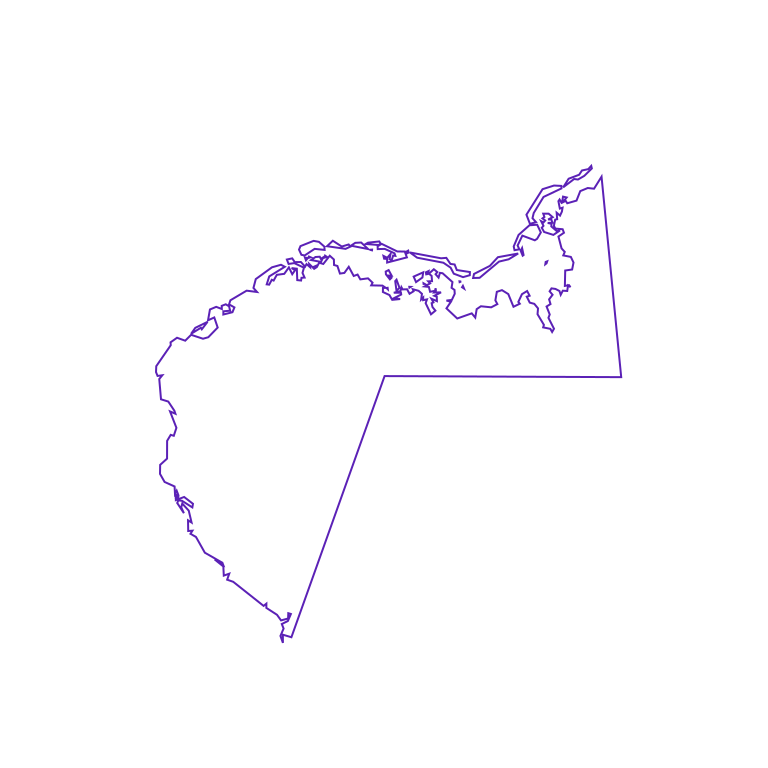 the district of North New Georgia, Western, Solomon Islands, rotated 291°
{"feature_id": "97153195B59663356998763", "entity_name": "North New Georgia", "entity_type": "district", "adm_level": 2, "iso_a3": "SLB", "parent_name": "Solomon Islands", "parent_adm1": "Western", "projection": "orthographic", "projection_center": [157.587, -8.128], "detail": "fine", "context": "isolated", "style": "outline", "palette": "violet", "viewbox_px": 768, "rotation_deg": 291, "n_neighbors": 0, "source": "geoboundaries", "source_scale": "gbopen_adm2", "svg_char_len": 6197}
<svg xmlns="http://www.w3.org/2000/svg" viewBox="0 0 768 768"><g transform="rotate(291 384 384)"><path d="M114.4,388.3L391.6,381.7L475.4,603.0L655.5,512.8L641.6,510.1L640.0,504.0L634.4,498.1L624.2,498.0L618.4,490.3L620.1,488.0L616.7,484.9L619.2,481.8L617.2,481.3L610.8,485.3L612.6,487.5L608.7,488.3L604.3,488.0L605.8,483.8L599.9,486.6L598.8,484.9L592.6,485.9L590.5,488.2L592.5,495.3L589.7,497.8L584.2,494.0L574.2,501.2L572.1,505.4L568.3,505.3L569.6,512.9L565.3,517.4L558.3,518.6L554.9,512.5L540.4,517.7L542.6,521.2L541.3,523.4L542.0,520.5L536.5,521.7L535.2,517.5L530.6,517.0L533.7,514.5L534.2,510.0L533.3,506.1L529.9,505.4L527.7,509.4L522.2,507.8L518.3,510.8L514.6,508.0L508.3,513.8L504.7,513.8L496.5,522.9L492.8,522.3L495.1,519.5L493.9,512.3L496.5,512.1L504.2,502.3L509.8,500.7L512.7,495.6L512.2,490.9L516.7,486.0L518.6,488.3L522.1,484.3L517.3,480.6L508.8,480.0L507.6,482.0L502.5,477.2L512.5,467.8L513.9,460.5L510.5,456.3L502.0,458.0L499.2,461.2L494.0,456.6L491.3,446.6L487.1,443.7L478.7,445.4L481.4,440.6L471.4,428.9L477.0,415.2L484.7,417.0L484.3,412.4L486.8,417.2L493.6,417.7L497.1,416.1L498.0,412.6L503.7,411.4L508.4,399.0L507.8,396.4L502.9,396.8L505.0,392.8L507.6,393.7L509.0,389.4L503.1,386.4L502.0,389.7L497.2,392.0L495.7,388.5L494.5,391.0L489.6,386.9L490.7,391.1L486.6,394.0L489.3,398.2L491.9,397.9L489.7,399.0L487.4,398.1L490.0,404.4L484.4,399.4L484.4,402.0L480.3,403.7L480.6,397.7L477.9,400.9L476.5,399.5L473.2,401.7L470.9,405.7L465.9,402.9L474.4,393.9L478.4,393.8L476.3,390.5L478.8,389.6L476.2,388.4L481.8,387.1L483.4,382.9L482.8,376.9L481.2,378.4L477.4,375.5L480.7,371.6L479.0,367.5L480.6,365.6L476.6,366.1L472.7,360.4L475.3,367.1L473.7,368.0L467.9,362.7L469.1,368.6L465.5,361.5L469.0,357.2L469.5,350.0L473.3,348.6L474.4,351.2L475.3,347.3L471.5,336.7L474.5,337.0L476.9,331.2L473.2,324.4L476.7,320.1L474.0,317.0L480.8,309.1L473.5,307.2L471.3,303.3L477.5,298.2L477.2,294.7L482.3,292.6L484.3,287.4L474.3,284.3L474.0,280.0L469.1,279.4L466.5,277.5L469.2,271.3L466.6,273.0L468.2,268.7L465.3,268.3L468.1,262.7L465.8,257.0L468.4,253.3L465.4,248.7L461.9,251.9L464.7,256.9L463.9,267.6L458.5,268.1L454.9,271.7L453.6,268.9L450.9,269.5L449.9,265.8L460.4,261.3L459.1,256.2L458.4,260.2L453.6,259.0L458.8,253.4L451.1,251.4L447.5,244.8L441.0,243.9L441.1,241.9L435.6,241.2L435.0,238.8L443.3,238.3L457.9,249.4L458.4,245.1L452.8,237.6L436.0,226.7L426.9,227.7L424.4,232.5L421.9,222.3L407.1,210.6L402.8,210.8L401.9,216.9L396.7,216.8L391.3,209.1L394.3,208.0L397.3,214.1L401.0,211.5L401.7,207.7L398.8,204.5L395.9,205.7L395.9,199.7L391.2,194.8L380.4,196.9L385.3,201.7L377.1,208.5L364.7,203.2L361.4,198.8L360.8,186.3L353.2,182.9L353.0,174.2L346.4,169.8L343.8,171.0L319.0,165.0L313.4,166.9L310.4,169.7L312.7,173.9L308.1,172.4L289.8,181.3L290.3,188.9L283.9,197.9L281.5,199.9L281.7,194.1L268.7,205.9L260.3,206.3L260.1,203.1L253.2,201.9L236.6,208.2L228.3,204.0L219.8,207.1L213.9,214.3L213.3,225.2L206.4,228.3L210.1,228.7L206.4,232.0L204.5,232.5L203.8,231.4L205.5,232.0L206.1,229.4L201.0,231.3L206.9,237.9L203.7,248.6L200.1,249.3L202.6,237.2L201.6,233.7L198.8,233.6L191.7,243.5L196.2,238.9L200.1,238.5L195.8,247.1L185.7,254.0L186.5,249.9L176.6,253.9L178.4,257.7L174.8,257.0L173.8,263.3L162.3,277.2L159.2,297.2L157.4,298.8L159.5,288.8L156.1,299.4L147.7,303.1L151.5,307.5L145.1,307.7L145.3,314.1L133.7,351.1L136.8,352.9L132.8,354.4L130.2,366.8L126.4,372.6L130.7,378.5L135.7,376.8L135.9,379.5L128.3,379.2L123.3,374.6L119.7,377.9L111.7,377.6L106.1,382.4L113.7,379.4L114.4,388.3ZM632.5,478.6L630.2,471.6L622.7,462.2L593.1,456.3L585.8,462.9L589.6,467.9L592.0,463.2L597.3,462.5L615.8,465.9L630.2,479.6L632.5,478.6ZM524.1,397.0L521.8,392.2L516.1,361.1L513.8,369.7L518.5,396.0L516.5,404.5L512.0,409.6L512.1,419.5L516.3,425.1L519.3,424.1L516.5,411.1L520.9,407.1L519.9,403.0L524.1,397.0ZM587.6,469.9L584.3,462.9L571.4,456.2L558.9,455.8L555.7,457.9L558.2,462.1L561.2,459.1L572.1,460.0L572.2,473.3L574.4,474.9L581.7,476.1L587.6,469.9ZM493.4,272.3L492.4,267.0L482.8,256.6L479.0,256.5L475.0,260.6L475.6,263.9L485.3,270.8L487.9,280.5L490.9,279.1L493.4,272.3ZM515.1,355.9L512.5,348.9L514.0,331.6L510.3,328.7L507.7,329.8L510.4,336.3L509.8,347.0L507.7,348.7L507.2,346.5L502.2,346.8L502.6,344.4L507.8,343.5L503.0,341.8L503.4,337.6L501.0,339.2L501.9,342.1L498.5,343.4L510.4,360.0L515.1,355.9ZM553.9,462.5L543.2,444.9L532.2,440.5L519.0,428.6L514.9,429.2L517.4,435.2L539.5,447.5L545.1,455.7L553.9,462.5ZM602.0,476.7L600.1,471.6L597.4,473.9L595.4,472.6L594.4,475.9L592.0,475.0L592.3,472.4L588.8,476.2L586.4,475.3L583.3,479.0L583.9,488.7L590.5,493.3L588.6,490.6L591.1,483.7L593.6,483.0L593.0,479.1L594.9,483.5L597.6,481.2L596.4,478.3L600.2,481.7L602.0,476.7ZM661.9,499.3L657.8,497.7L654.3,492.3L649.3,491.2L641.8,482.8L631.8,480.8L643.5,488.0L644.4,491.8L650.1,496.4L659.7,500.8L661.9,499.3ZM501.6,301.0L497.2,295.3L499.4,284.9L492.2,281.4L496.4,299.7L500.2,303.4L501.6,301.0ZM502.3,380.6L494.9,373.2L490.6,377.4L497.2,381.7L502.3,380.6ZM507.9,312.0L505.5,306.6L501.3,303.6L504.3,320.8L507.9,312.0ZM378.8,197.0L368.8,187.7L361.7,185.9L370.9,192.9L369.8,194.3L378.8,197.0ZM515.4,328.5L510.2,318.4L508.2,316.8L511.8,329.1L513.8,330.6L515.4,328.5ZM480.5,281.9L478.2,280.2L479.8,278.4L478.0,274.5L473.6,271.5L475.4,281.4L480.5,281.9ZM492.0,347.5L489.6,345.3L487.1,346.5L483.8,352.0L485.8,352.9L486.9,349.5L487.8,352.4L492.0,347.5ZM485.9,358.3L484.1,357.6L475.6,362.2L479.3,364.0L485.9,358.3ZM623.6,487.7L623.1,484.0L619.1,484.8L618.9,486.1L623.6,487.7ZM560.4,464.2L557.3,463.9L553.5,467.5L554.4,468.1L560.4,464.2ZM505.4,385.1L503.3,383.1L501.5,384.1L502.3,385.4L505.4,385.1ZM517.2,358.8L515.5,357.4L514.0,358.5L515.6,359.9L517.2,358.8ZM482.2,285.3L482.7,283.0L480.7,283.3L482.2,285.3ZM476.0,270.1L476.1,268.2L474.5,268.1L476.0,270.1ZM501.8,424.5L503.9,422.5L502.3,422.2L501.8,424.5ZM474.2,267.7L473.7,264.9L471.5,266.8L474.2,267.7ZM557.0,492.4L555.9,491.2L553.6,491.7L554.9,492.5L557.0,492.4ZM470.1,278.3L468.8,277.0L469.0,278.7L470.1,278.3ZM507.3,419.3L506.9,417.7L506.2,418.1L507.3,419.3ZM505.2,324.7L504.2,322.6L504.5,324.9L505.2,324.7ZM484.2,374.0L483.8,372.8L483.1,373.2L484.2,374.0ZM492.0,386.1L492.2,384.8L491.6,385.1L492.0,386.1ZM475.1,352.9L474.5,351.9L473.8,353.6L475.1,352.9Z" fill="none" stroke="#5b21b6" stroke-width="2"/></g></svg>